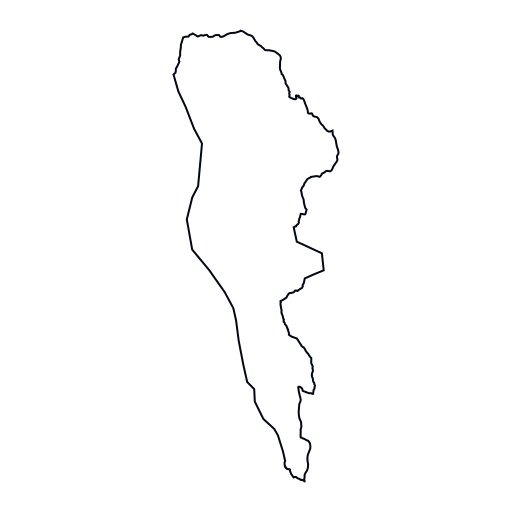 Berekum East Municipal, Brong Ahafo, Ghana (Equal Earth projection)
{"feature_id": "2480657B78254100433505", "entity_name": "Berekum East Municipal", "entity_type": "district", "adm_level": 2, "iso_a3": "GHA", "parent_name": "Ghana", "parent_adm1": "Brong Ahafo", "projection": "equal_earth", "projection_center": [-2.534, 7.485], "detail": "fine", "context": "isolated", "style": "outline", "palette": "ink", "viewbox_px": 512, "rotation_deg": 0, "n_neighbors": 0, "source": "geoboundaries", "source_scale": "gbopen_adm2", "svg_char_len": 5949}
<svg xmlns="http://www.w3.org/2000/svg" viewBox="0 0 512 512"><path d="M304.5,481.3L304.5,480.3L304.2,479.7L304.2,479.3L304.3,478.5L304.6,477.1L304.6,474.8L305.5,472.9L305.6,472.6L306.5,471.4L307.4,469.6L307.9,467.5L308.1,464.6L308.0,463.4L307.4,460.5L307.6,459.5L307.3,458.7L307.5,457.6L307.6,456.0L308.0,454.3L309.1,451.6L309.7,449.8L310.2,448.9L310.4,446.3L310.2,445.3L310.0,443.3L309.0,442.0L308.4,440.9L308.1,440.7L307.0,440.4L304.1,438.8L302.6,438.3L301.8,437.7L300.8,437.5L300.6,436.8L300.6,434.8L300.7,431.3L300.6,429.4L301.3,427.5L301.3,425.4L301.1,422.6L300.9,421.7L299.3,418.0L299.2,417.1L298.9,415.5L298.8,414.3L298.7,411.5L299.3,404.0L300.2,401.9L300.6,400.7L300.7,400.1L300.7,399.5L300.3,397.7L299.4,394.1L298.8,391.3L298.2,387.2L299.1,386.6L300.0,386.9L301.6,387.9L302.4,389.3L302.7,390.8L302.8,390.9L308.9,393.2L311.0,393.2L312.4,393.8L313.1,393.8L313.2,393.1L313.2,392.7L313.7,389.7L314.2,389.1L314.5,388.6L314.5,387.5L314.9,385.9L314.9,385.3L314.4,384.3L314.3,383.4L314.1,382.8L313.3,381.7L313.0,380.5L312.9,379.0L312.5,377.6L312.0,376.8L312.0,376.4L312.1,375.8L312.0,375.4L311.8,375.2L311.8,374.5L312.2,372.7L312.8,371.7L312.9,370.9L312.8,369.4L312.4,368.2L312.7,367.0L312.7,366.5L311.2,363.0L311.3,358.1L310.4,357.2L308.7,354.9L308.3,353.9L306.7,352.3L306.2,351.3L305.6,350.8L305.1,349.4L303.7,347.4L302.6,346.8L301.6,346.0L300.8,344.5L300.4,344.0L296.9,338.5L291.6,336.6L291.0,336.2L290.4,335.7L289.4,335.2L288.9,334.7L288.9,333.9L289.0,333.3L288.7,332.2L288.2,331.0L288.1,330.6L288.1,329.8L288.0,329.3L287.5,329.0L287.4,328.8L287.2,327.5L286.7,326.9L286.5,325.9L286.1,325.7L285.8,325.0L285.1,324.4L284.5,322.5L283.7,321.8L283.9,321.3L283.6,320.7L283.6,320.2L283.9,319.4L283.4,318.9L283.2,318.4L283.0,317.8L283.0,317.4L282.8,316.6L282.6,315.5L282.2,314.8L282.0,314.0L281.6,313.4L281.6,312.6L281.4,312.2L281.4,311.7L281.6,311.1L281.5,309.7L281.2,309.0L281.1,307.7L280.8,306.7L280.8,305.8L280.5,305.0L280.6,304.6L280.5,303.5L280.6,302.9L280.8,302.5L280.6,302.1L280.5,301.9L280.4,301.6L280.5,301.1L283.4,299.7L285.1,298.4L285.7,298.3L286.5,297.4L287.3,295.8L288.8,293.6L289.8,293.0L290.1,293.1L293.2,292.5L293.7,292.2L294.6,291.4L295.0,290.6L296.0,290.5L297.4,291.0L297.8,290.8L298.0,290.4L298.7,289.9L299.4,289.5L301.9,287.9L302.7,286.6L302.8,286.3L302.6,285.3L302.7,284.8L303.8,283.1L304.8,278.4L314.0,274.3L323.7,270.3L321.9,253.3L296.8,241.7L293.7,227.3L295.3,226.4L296.0,226.3L296.5,225.3L298.3,223.8L298.8,222.7L298.7,221.5L299.1,219.9L299.3,218.5L299.7,217.9L300.1,216.8L300.6,214.1L300.9,213.8L301.2,213.8L304.3,214.4L305.1,214.3L305.3,214.0L305.6,213.4L306.6,209.5L305.3,208.1L304.9,206.8L303.9,202.6L303.8,200.9L303.5,199.2L302.5,197.0L302.1,195.6L301.7,193.9L301.6,192.8L301.2,191.1L300.9,190.7L302.1,187.6L303.4,186.0L303.9,185.2L304.4,183.4L305.0,182.7L307.2,179.3L307.8,178.8L310.3,177.5L310.9,176.9L311.2,177.0L311.4,176.9L315.5,176.2L316.8,176.1L317.7,176.2L318.9,176.7L319.5,176.8L320.1,176.5L321.0,175.4L321.7,174.3L322.0,173.7L322.3,173.4L324.0,172.7L324.8,172.2L325.6,171.3L325.9,171.1L327.1,170.9L327.8,170.9L329.5,171.3L330.1,171.3L330.7,171.0L331.5,170.3L332.0,169.6L333.3,166.6L333.8,165.8L337.0,161.1L337.3,160.3L337.4,159.5L337.3,158.9L336.9,156.9L337.2,155.7L338.3,153.7L338.5,152.9L338.3,151.0L337.8,149.1L336.8,146.4L335.8,140.6L335.2,138.5L334.6,137.5L333.1,135.4L332.7,134.3L332.5,130.6L330.3,131.5L328.5,131.5L327.3,130.9L324.6,128.2L323.2,125.9L321.5,124.3L320.9,123.6L319.7,121.8L318.6,118.9L317.5,117.5L316.8,117.1L314.0,116.4L313.1,115.9L312.7,115.3L312.2,113.7L311.8,113.4L311.2,113.3L310.2,113.7L309.8,113.7L308.4,113.3L308.1,113.1L307.9,112.2L307.7,110.4L307.3,109.0L304.9,102.9L304.1,100.5L303.4,99.2L302.8,98.5L302.4,98.2L302.0,98.2L301.2,98.5L300.9,98.4L300.2,97.6L299.5,97.7L299.2,97.6L298.8,97.0L298.8,95.9L298.6,95.7L298.3,95.6L297.6,96.0L296.6,95.5L296.2,95.4L296.0,95.6L295.8,96.0L296.4,98.0L296.4,98.5L295.6,99.2L294.7,99.2L293.8,99.0L291.8,98.3L290.4,97.6L290.0,97.4L289.4,96.9L289.2,96.4L289.6,95.3L289.6,94.9L289.2,93.6L289.2,93.2L289.5,92.5L289.6,92.0L289.5,91.5L289.2,91.1L288.7,90.4L288.6,90.0L288.6,88.9L288.4,87.8L288.1,87.3L286.4,84.6L285.8,83.9L285.6,83.3L285.5,81.3L285.3,80.5L284.6,79.2L284.4,78.6L283.0,75.3L282.8,75.0L281.7,74.1L281.3,72.2L280.2,69.7L280.0,68.7L279.9,67.9L280.0,66.4L280.1,61.8L280.8,58.7L280.8,58.0L280.7,57.2L280.4,56.4L279.8,55.3L278.2,54.0L275.1,51.7L274.2,51.3L269.4,50.3L265.5,50.2L265.0,50.0L264.6,49.7L263.9,48.7L263.2,48.1L262.2,47.4L260.9,46.0L258.0,44.4L257.4,43.6L256.3,42.0L255.7,41.6L253.2,37.3L252.5,36.5L252.0,36.1L250.9,35.5L248.2,34.7L247.4,34.4L243.2,31.5L241.9,31.1L240.9,30.9L240.5,30.7L239.9,31.3L235.0,32.8L231.1,33.0L229.7,33.3L228.2,33.8L227.1,34.2L224.1,36.0L222.8,36.6L221.5,36.9L220.7,36.9L220.4,36.8L219.0,35.1L218.6,35.0L215.6,35.1L214.9,35.4L212.7,36.7L212.1,36.9L209.3,36.9L208.6,36.8L208.2,36.4L207.2,35.1L206.6,34.9L204.3,35.2L203.4,35.7L201.3,35.2L200.9,35.2L197.8,36.5L197.4,36.4L195.8,35.2L192.6,33.5L191.7,34.2L190.6,34.6L190.0,34.7L189.6,34.9L188.8,36.1L188.4,36.6L188.2,36.7L185.5,36.7L183.2,37.4L181.1,44.2L180.9,44.9L180.8,48.0L180.3,50.6L180.1,53.4L180.2,55.4L178.7,59.3L179.4,61.7L176.8,67.2L176.3,67.8L176.0,68.5L175.8,69.1L175.8,71.1L175.5,72.7L173.5,74.5L178.3,91.3L185.6,106.8L194.1,128.8L202.0,143.5L198.1,186.2L192.3,197.3L186.8,219.4L192.2,249.6L209.1,270.0L224.8,292.3L233.3,308.1L236.1,320.6L238.7,340.7L243.3,364.7L247.2,382.0L254.2,389.1L254.8,401.6L263.4,419.0L274.3,429.0L277.9,435.3L282.9,451.2L285.1,460.8L284.5,462.9L284.9,466.7L285.5,466.7L286.0,468.0L286.4,468.1L286.7,468.8L287.9,469.1L289.1,469.1L289.8,469.4L290.0,469.7L289.9,470.6L290.0,470.9L290.3,471.4L290.5,472.3L291.0,473.3L291.1,473.9L291.4,474.3L291.7,474.6L293.2,476.9L293.7,477.4L294.3,477.1L294.6,477.1L295.0,476.9L296.2,477.1L296.4,477.2L296.5,477.5L298.1,478.5L299.1,478.8L300.0,479.2L300.3,479.7L301.4,480.0L301.6,479.8L302.1,479.9L303.9,480.6L304.3,481.3L304.5,481.3Z" fill="none" stroke="#020617" stroke-width="2"/></svg>